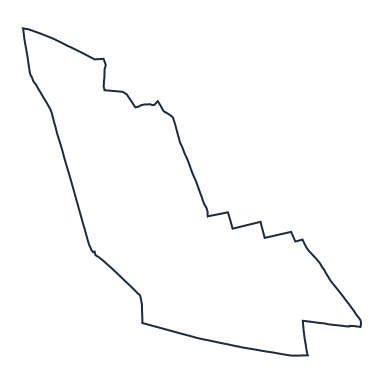 outline of Valea Lupului, Iasi, Romania
{"feature_id": "2599482B28860015951004", "entity_name": "Valea Lupului", "entity_type": "district", "adm_level": 2, "iso_a3": "ROU", "parent_name": "Romania", "parent_adm1": "Iasi", "projection": "robinson", "projection_center": [27.498, 47.198], "detail": "fine", "context": "isolated", "style": "outline", "palette": "slate", "viewbox_px": 384, "rotation_deg": 0, "n_neighbors": 0, "source": "geoboundaries", "source_scale": "gbopen_adm2", "svg_char_len": 3944}
<svg xmlns="http://www.w3.org/2000/svg" viewBox="0 0 384 384"><path d="M23.0,28.4L23.2,28.9L24.0,35.7L24.2,38.0L27.3,55.6L28.9,66.4L30.0,73.4L30.2,74.1L30.8,75.5L32.1,77.7L32.7,79.6L33.1,80.6L33.6,81.6L34.3,82.6L35.6,84.1L38.3,88.8L40.6,92.6L42.2,95.4L44.6,99.4L47.3,103.8L48.5,106.0L49.6,107.9L50.2,108.9L51.7,112.8L52.7,116.9L53.1,118.2L53.4,119.4L54.5,123.7L55.6,127.4L56.6,131.6L57.6,135.2L58.9,139.1L60.4,144.0L61.4,147.1L63.2,153.7L64.1,157.3L67.3,168.1L69.4,175.1L72.9,187.3L76.8,201.3L78.9,208.9L80.8,215.5L82.1,220.3L84.7,229.3L86.0,233.9L86.6,236.1L87.2,238.3L88.4,242.5L88.6,242.9L89.0,244.5L89.3,245.2L90.2,246.9L90.8,248.5L91.5,250.1L92.1,250.9L92.5,251.4L93.0,252.1L93.5,252.0L93.9,252.0L94.0,251.8L94.6,251.6L94.8,252.6L95.1,253.6L95.4,255.0L96.0,255.5L98.5,257.0L100.7,258.7L102.9,260.4L106.2,263.4L107.8,264.8L111.5,268.1L116.3,272.6L116.9,273.1L118.0,274.2L120.9,277.0L122.7,278.8L125.2,281.1L128.6,284.3L130.9,286.5L134.8,290.3L137.6,293.2L138.0,293.6L138.7,294.2L139.2,294.5L139.5,294.8L139.8,295.2L140.1,295.8L140.6,297.5L141.0,299.5L141.1,300.1L141.3,300.9L141.6,302.8L141.9,304.0L142.0,309.9L142.0,310.7L142.1,312.4L142.2,314.1L142.4,320.5L142.3,322.5L142.3,323.0L148.5,324.7L159.2,327.6L172.3,331.2L179.6,333.2L184.5,334.5L193.4,336.9L196.5,337.8L198.6,338.3L200.7,338.8L204.6,339.6L207.6,340.2L210.7,340.8L214.4,341.6L218.0,342.4L228.5,344.5L234.9,345.9L236.7,346.3L238.1,346.5L239.7,346.8L241.0,347.2L243.4,347.6L248.7,348.5L256.1,349.7L261.9,350.8L267.6,351.7L273.6,352.6L279.6,353.7L285.4,354.7L288.6,355.2L290.1,355.4L291.6,355.6L293.5,355.6L295.7,355.6L299.1,355.6L303.5,355.4L305.0,355.4L306.2,355.4L307.8,355.3L307.6,354.9L307.4,354.3L307.2,353.5L306.9,352.2L306.6,350.2L306.0,346.5L305.8,345.1L305.6,344.1L304.9,339.9L304.6,338.2L304.1,333.9L303.6,330.1L303.4,328.0L303.4,327.4L303.1,324.5L303.0,323.4L302.8,321.3L302.8,320.8L304.8,321.0L307.0,321.3L308.6,321.5L312.6,322.0L315.2,322.4L317.7,322.7L319.9,323.0L321.4,323.1L325.2,323.5L325.7,323.7L328.5,324.3L332.6,324.8L337.4,325.3L340.8,325.6L343.0,325.9L344.8,326.2L348.8,326.5L349.4,326.4L349.5,325.9L350.0,325.9L353.3,326.0L360.5,326.9L361.0,323.6L360.9,321.8L360.5,320.3L359.5,318.7L357.2,315.8L356.2,314.5L355.4,313.4L354.8,312.2L353.3,310.1L352.9,309.6L351.1,307.1L348.7,303.8L346.5,301.0L345.7,300.0L343.8,297.4L342.6,295.8L340.9,293.7L338.4,290.5L337.0,288.7L335.5,286.9L332.7,283.5L331.3,281.7L329.9,279.7L325.6,272.5L324.1,269.7L323.3,268.5L322.0,267.0L321.1,265.3L320.7,264.5L319.2,262.3L318.0,260.8L316.1,258.6L313.0,255.3L308.7,250.7L307.4,248.8L305.9,246.6L305.1,245.0L305.0,244.8L303.8,242.3L302.5,239.6L295.9,241.4L295.5,241.5L295.4,241.5L295.3,241.4L291.1,231.9L289.3,232.3L264.7,237.9L261.7,226.5L260.5,221.8L256.3,222.9L245.9,225.4L232.6,228.7L232.0,226.5L231.5,224.5L229.6,217.9L228.8,215.1L227.9,212.5L227.9,212.4L227.6,212.4L208.0,216.3L207.8,216.4L207.6,215.3L207.6,213.9L207.6,212.3L207.5,211.4L207.2,210.3L206.4,207.9L205.8,206.7L204.5,204.7L203.0,201.1L201.6,196.6L200.1,192.7L199.2,190.2L195.9,181.0L194.6,178.2L192.3,172.9L190.9,169.0L188.6,162.5L187.5,159.7L185.8,156.0L184.3,152.7L183.7,151.1L182.8,148.6L181.9,146.3L180.2,143.0L179.6,141.1L178.9,138.2L178.2,135.9L177.7,134.0L177.3,132.5L177.0,131.3L175.5,125.7L174.6,122.7L173.2,118.3L172.7,117.3L172.2,116.6L169.2,114.5L167.8,113.6L165.3,112.3L164.4,111.7L163.7,111.2L163.2,110.5L162.3,109.0L160.7,105.8L160.3,105.3L160.0,104.8L159.0,103.2L157.8,101.2L156.5,102.4L155.8,103.2L154.8,104.5L154.6,104.7L154.1,105.0L153.7,105.1L152.5,105.0L151.4,104.8L150.4,104.4L149.7,104.2L149.0,104.3L147.3,104.5L145.0,104.4L142.8,104.8L141.1,105.2L138.7,106.6L135.4,107.4L126.8,94.4L122.7,91.8L104.5,90.2L104.5,89.2L104.0,88.1L103.7,86.7L103.6,85.6L103.9,84.1L103.9,81.6L104.2,79.4L104.4,77.9L104.6,69.1L105.1,67.8L105.5,66.4L105.7,64.7L103.5,58.8L94.6,59.4L84.4,54.0L71.1,47.4L67.1,45.6L62.1,43.0L53.1,38.6L41.6,34.0L28.5,29.3L23.0,28.4Z" fill="none" stroke="#1e293b" stroke-width="2"/></svg>